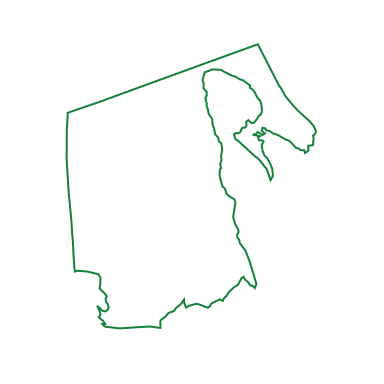 Palmares do Sul, Rio Grande do Sul, Brazil, rotated 160°
{"feature_id": "56859067B50584819679722", "entity_name": "Palmares do Sul", "entity_type": "district", "adm_level": 2, "iso_a3": "BRA", "parent_name": "Brazil", "parent_adm1": "Rio Grande do Sul", "projection": "equal_earth", "projection_center": [-50.484, -30.349], "detail": "fine", "context": "isolated", "style": "outline", "palette": "green", "viewbox_px": 384, "rotation_deg": 160, "n_neighbors": 0, "source": "geoboundaries", "source_scale": "gbopen_adm2", "svg_char_len": 3313}
<svg xmlns="http://www.w3.org/2000/svg" viewBox="0 0 384 384"><g transform="rotate(160 192 192)"><path d="M268.1,75.1L266.8,79.0L265.6,82.1L259.5,84.0L255.4,86.4L249.7,86.3L246.2,88.7L241.2,90.3L236.3,93.6L237.2,90.4L237.1,85.4L233.3,86.1L227.9,85.6L225.8,85.3L222.7,83.1L220.5,81.0L218.3,79.2L216.7,77.8L214.1,78.6L212.0,80.5L209.8,80.9L206.1,81.2L202.8,81.7L200.3,79.2L198.0,81.5L194.9,82.6L191.6,85.3L190.0,86.0L188.4,86.7L184.8,88.3L180.8,88.9L174.8,94.2L172.6,94.7L172.0,91.3L170.1,88.1L169.3,84.5L166.8,82.8L165.8,80.3L162.9,83.7L161.6,107.1L161.8,118.2L162.4,120.6L164.5,127.4L164.1,130.8L164.9,134.4L164.1,136.6L162.2,138.0L161.4,140.7L162.4,147.3L161.9,154.4L159.4,159.0L154.8,167.3L154.7,170.7L158.2,174.9L160.1,178.4L159.9,184.1L161.5,186.8L160.6,197.3L158.2,203.5L156.6,204.5L156.0,208.5L153.1,212.3L152.7,215.2L148.9,221.8L147.9,227.8L149.3,230.3L148.9,234.3L150.5,238.5L149.5,244.4L149.5,248.7L148.1,253.9L149.6,259.8L148.8,264.7L148.9,267.9L147.9,269.9L147.7,273.5L147.2,275.8L145.1,277.7L144.0,281.3L145.7,285.5L143.8,290.5L143.9,293.4L139.2,300.1L134.0,300.1L131.5,300.4L122.8,296.8L121.2,294.6L114.6,287.6L111.5,285.3L108.7,281.7L106.0,279.7L101.0,272.2L101.9,270.1L100.3,268.1L98.9,264.4L98.7,261.6L98.3,258.5L96.8,254.7L96.8,251.2L98.3,244.5L101.0,241.0L102.9,240.8L105.7,238.5L110.0,235.9L112.5,236.5L114.5,240.2L117.2,239.3L117.9,236.2L119.9,234.4L122.5,235.1L124.2,234.0L126.2,231.7L128.8,231.4L131.1,232.5L133.0,231.5L133.0,226.6L131.1,224.2L120.7,204.1L118.5,200.9L117.3,197.9L114.0,188.0L114.0,181.7L114.2,176.3L112.0,178.1L110.5,179.4L108.7,185.9L108.8,191.3L109.7,198.2L111.4,201.5L111.6,206.3L110.7,211.9L107.4,215.0L108.4,216.6L111.5,217.7L111.2,220.8L109.1,221.2L115.4,225.1L112.2,224.6L109.8,225.9L106.0,221.5L103.4,222.1L105.5,225.7L103.7,228.2L101.4,226.8L101.2,224.5L98.5,223.1L95.6,219.1L93.8,217.9L91.0,215.3L88.7,212.3L85.2,208.5L83.4,207.2L81.8,204.3L79.3,198.0L77.3,196.7L75.4,194.1L72.3,192.9L72.5,190.0L68.5,191.0L66.9,195.8L65.0,195.2L62.3,194.7L60.2,199.3L59.2,201.2L59.1,203.5L56.6,204.3L54.7,206.7L55.0,212.0L57.5,218.8L64.3,231.5L67.2,238.2L71.4,250.0L72.9,259.1L73.9,262.6L79.6,308.3L136.5,308.4L173.6,308.4L212.1,308.4L216.5,308.4L244.6,308.3L281.6,308.9L283.4,304.9L284.6,301.9L286.3,298.0L288.6,292.6L289.6,289.9L290.7,287.0L291.6,284.6L293.0,280.8L294.2,277.3L295.1,275.1L296.2,272.2L297.1,269.7L298.0,267.2L299.2,263.6L300.5,259.2L301.5,255.9L303.0,250.9L304.0,247.5L304.9,244.3L306.0,240.7L306.8,237.9L307.6,235.1L309.0,230.3L310.1,225.7L311.2,221.7L311.9,219.0L312.6,216.2L313.5,212.7L314.3,209.5L315.1,206.5L316.4,202.0L317.3,199.1L318.1,196.4L319.0,193.4L320.2,188.6L321.3,184.9L322.2,181.7L323.2,178.9L323.8,176.7L324.7,174.0L325.7,170.5L326.7,167.1L327.5,164.3L328.4,161.2L329.3,157.3L326.9,157.3L325.0,156.4L322.5,155.3L317.5,153.0L308.1,146.8L307.3,142.8L310.2,135.7L311.8,133.3L311.0,131.0L308.7,126.6L307.8,123.2L309.7,121.1L310.4,118.2L309.4,115.0L310.0,111.6L312.0,110.0L314.2,109.4L316.6,110.9L317.9,113.3L320.1,117.5L319.7,114.2L319.5,111.1L320.1,107.8L322.4,106.5L321.2,103.6L319.6,101.4L318.7,97.8L321.3,98.6L320.3,95.9L318.9,94.7L315.6,93.1L311.8,91.2L308.5,89.5L306.1,88.4L294.3,85.0L290.2,83.8L287.9,83.1L285.4,82.4L283.1,81.7L279.2,80.5L277.2,79.8L274.0,78.2L270.9,76.4L268.1,75.1Z" fill="none" stroke="#15803d" stroke-width="2"/></g></svg>